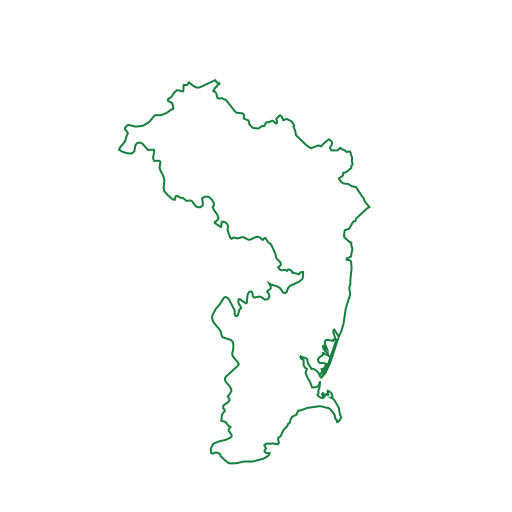 map outline of Odessa (orthographic projection), rotated 332°
{"feature_id": "UKR-322", "entity_name": "Odessa", "entity_type": "Region", "adm_level": 1, "iso_a3": "UKR", "parent_name": "Ukraine", "parent_adm1": "", "projection": "orthographic", "projection_center": [29.872, 46.718], "detail": "fine", "context": "isolated", "style": "outline", "palette": "green", "viewbox_px": 512, "rotation_deg": 332, "n_neighbors": 0, "source": "natural_earth", "source_scale": "10m", "svg_char_len": 6100}
<svg xmlns="http://www.w3.org/2000/svg" viewBox="0 0 512 512"><g transform="rotate(332 256 256)"><path d="M125.0,410.3L123.9,408.9L125.5,405.0L130.1,401.7L136.3,402.3L142.7,404.1L148.2,404.4L150.0,403.6L150.5,402.2L149.8,397.5L150.9,396.0L153.2,394.9L152.0,393.3L151.1,388.1L148.0,385.2L151.6,379.9L155.6,378.2L156.1,377.2L155.6,374.9L157.0,372.6L162.7,372.1L165.0,370.8L165.3,369.7L165.1,366.6L168.2,365.5L171.0,363.5L171.6,361.9L171.7,359.5L170.3,353.1L170.4,351.1L171.3,349.3L172.8,348.4L187.8,344.6L189.9,343.6L190.1,341.2L188.7,335.8L188.5,332.8L189.2,330.9L192.1,327.6L194.1,324.3L195.1,321.4L194.7,318.7L188.3,311.9L188.3,310.3L189.4,306.3L189.3,304.4L187.3,294.0L187.9,290.6L189.6,287.9L196.0,283.7L200.6,282.0L208.1,277.8L209.9,277.9L211.2,279.6L211.8,282.3L211.6,294.1L209.7,297.6L209.7,298.9L211.1,300.1L213.0,299.0L216.1,295.6L218.1,295.2L218.7,293.6L218.4,290.0L218.7,288.6L220.2,286.1L221.4,286.5L224.8,293.0L225.9,293.0L229.6,287.3L231.2,285.6L233.0,284.6L234.9,284.9L235.4,285.7L235.4,287.3L234.3,290.1L234.9,291.9L240.0,293.4L241.2,294.5L243.5,298.8L246.3,299.7L248.8,298.1L249.5,296.1L249.1,293.0L249.6,292.3L253.7,291.6L254.7,289.8L254.7,286.3L255.8,288.2L260.2,292.5L262.0,295.3L262.5,297.4L262.6,300.7L264.3,302.5L266.0,302.3L269.1,299.5L272.0,298.3L282.1,298.9L285.8,298.2L288.0,296.1L290.1,292.2L287.5,291.3L285.4,292.3L280.1,287.5L280.7,286.4L279.1,283.5L278.0,283.0L276.4,283.8L275.5,282.1L271.8,280.5L270.6,279.0L270.3,276.3L273.6,275.7L274.6,273.1L273.1,268.1L273.1,266.5L274.2,262.8L274.7,252.9L273.1,249.3L272.8,244.7L271.9,244.2L269.5,245.0L268.1,241.3L265.7,239.3L258.1,238.8L256.6,237.6L253.3,233.0L247.9,231.8L245.1,229.2L242.5,229.3L241.8,228.0L243.0,219.8L244.9,217.3L245.5,215.7L245.5,213.8L244.9,212.1L242.8,210.0L241.2,210.2L239.5,213.2L238.6,213.9L235.1,207.5L235.3,206.8L239.5,206.1L240.7,204.6L241.2,201.6L240.4,195.1L240.7,192.5L242.7,191.4L243.7,189.3L243.6,186.4L242.9,183.6L241.8,181.4L238.8,179.6L235.5,179.7L233.6,185.2L232.2,186.6L229.5,186.8L227.1,185.2L226.0,183.3L225.3,177.8L224.2,176.2L220.5,174.7L218.9,170.6L216.4,168.8L214.9,166.3L213.7,165.6L212.3,166.2L210.7,168.2L209.2,167.1L208.5,165.7L206.5,160.4L205.4,155.5L206.5,152.3L210.9,145.7L211.8,141.1L211.7,136.7L212.2,132.9L215.7,128.2L215.4,126.9L214.4,125.9L211.5,124.8L210.7,124.0L210.7,122.7L211.5,120.5L215.3,115.8L215.6,114.1L210.4,111.6L208.5,103.6L206.5,101.1L203.9,100.5L201.3,101.8L197.7,106.5L194.7,107.1L192.2,106.0L189.3,103.7L186.6,100.8L185.0,97.8L186.5,96.6L193.4,93.6L195.2,92.4L197.3,89.9L200.2,87.8L200.6,86.7L199.9,82.3L200.2,81.5L203.6,80.2L205.1,80.5L210.4,85.2L216.7,87.8L224.2,87.7L232.2,84.4L233.4,84.4L238.4,87.2L244.5,87.7L250.3,86.9L251.9,87.3L252.3,87.1L253.8,82.2L253.4,80.9L251.3,78.0L251.6,76.6L252.5,76.0L255.4,76.1L260.1,73.5L263.8,72.5L266.1,73.9L268.1,76.2L268.9,76.3L269.7,75.7L272.0,71.5L272.7,71.1L275.2,72.7L278.3,71.3L280.8,76.9L282.5,79.3L285.4,80.7L302.6,81.6L302.8,84.4L304.5,85.7L304.5,86.9L302.0,87.1L300.8,88.1L299.6,88.0L295.9,90.0L295.8,90.7L296.8,91.4L297.2,92.5L297.1,95.0L296.4,96.4L296.3,98.5L297.2,99.6L299.9,100.6L302.9,104.5L305.2,118.3L306.0,120.3L311.2,123.8L311.6,126.3L310.0,128.4L310.0,129.3L312.9,132.7L312.8,134.1L311.9,136.7L313.5,141.5L318.1,144.7L322.3,144.0L324.2,145.2L327.8,142.7L330.3,144.0L333.8,144.1L334.6,144.9L335.5,148.0L336.3,148.7L337.2,148.2L338.3,144.4L343.3,143.0L344.0,144.3L344.2,146.4L343.8,148.8L347.6,149.5L350.7,154.0L351.0,157.8L350.8,158.7L349.8,159.4L349.5,163.4L348.0,168.0L352.5,181.9L355.1,186.7L363.0,187.6L364.6,189.5L365.5,189.8L368.0,188.6L375.0,187.1L376.1,189.1L376.5,190.9L376.0,192.3L374.9,193.5L372.1,195.1L372.0,198.1L377.5,201.0L381.0,200.0L382.4,202.6L383.9,204.2L384.9,206.7L387.9,207.7L388.1,209.1L387.3,211.2L387.2,214.1L385.4,216.7L384.4,220.3L382.1,221.6L381.4,223.1L374.4,224.3L372.2,223.5L370.5,225.8L365.8,226.4L365.4,227.0L366.2,230.8L367.5,233.2L371.1,235.6L373.6,239.7L376.6,241.9L377.6,252.8L378.1,254.7L377.7,259.2L379.1,266.0L376.7,266.1L362.6,269.7L359.9,271.9L358.2,271.4L357.1,271.8L351.1,275.7L346.7,274.9L345.7,275.8L342.7,280.4L345.1,287.6L346.5,288.9L345.3,290.8L344.4,295.1L339.5,301.1L335.0,300.8L334.2,301.6L336.6,303.6L337.2,304.6L337.2,305.9L334.5,312.0L328.6,320.6L325.6,325.8L323.5,327.6L321.1,334.2L310.7,344.4L301.4,357.0L296.6,361.9L290.9,366.4L291.1,364.8L290.6,357.8L289.9,357.6L288.5,359.6L287.1,367.0L286.4,367.2L285.2,366.2L284.3,367.2L280.3,364.0L278.2,363.0L276.3,364.1L275.6,366.5L275.0,372.3L273.2,369.8L273.8,367.6L273.5,366.9L272.7,367.1L272.1,368.9L272.4,372.6L273.8,374.8L273.2,378.2L272.1,376.1L270.3,374.8L270.1,373.3L269.4,373.1L268.2,374.8L263.9,375.3L262.1,376.5L261.5,379.0L262.2,380.6L265.6,382.3L267.5,384.5L262.7,387.4L260.9,386.6L260.5,387.7L260.9,389.1L257.2,390.6L256.2,391.7L256.3,388.4L255.3,385.1L253.7,382.5L251.8,381.5L252.0,380.6L251.5,374.8L252.8,371.1L251.6,369.0L249.3,367.1L248.4,365.5L247.6,366.2L247.7,368.0L249.2,370.2L246.8,374.8L246.9,377.6L247.9,379.9L245.0,382.2L244.4,387.0L244.6,392.8L243.8,398.4L247.1,399.9L248.8,400.1L250.4,399.8L253.9,396.7L249.9,402.5L247.9,404.0L246.9,406.3L245.1,407.3L245.1,408.4L246.4,411.3L248.1,412.8L249.1,412.7L249.4,408.9L250.8,408.5L251.1,411.9L252.1,411.4L252.0,410.9L253.4,411.0L254.0,411.5L254.4,413.5L255.3,409.6L256.0,408.7L257.3,410.2L257.9,412.2L258.0,414.6L257.3,416.2L255.6,416.1L256.8,417.4L257.5,419.7L257.9,428.7L255.7,435.4L255.7,437.9L253.9,439.7L251.0,440.9L249.6,440.6L250.3,438.8L249.6,437.1L250.8,433.6L250.3,428.8L248.9,424.6L242.0,418.6L230.0,414.2L223.4,413.4L220.6,412.4L217.1,415.1L212.5,414.9L209.3,417.0L207.8,419.1L205.7,419.2L203.8,420.8L198.7,422.5L193.1,426.7L190.4,426.9L189.3,428.4L188.6,431.7L186.6,432.4L182.4,429.0L180.4,428.6L178.2,427.0L176.8,426.5L174.5,427.0L174.5,430.6L172.0,431.8L171.8,432.8L172.5,434.8L175.5,436.5L173.4,438.1L167.5,438.5L156.0,435.7L148.9,431.8L141.2,429.7L136.8,427.5L134.8,426.2L133.2,423.1L130.8,416.4L131.3,414.0L129.6,411.6L127.1,410.1L125.0,410.3ZM266.7,387.4L285.5,369.7L289.8,367.4L271.2,385.3L262.5,391.7L255.9,394.5L262.0,390.7L263.1,388.4L266.7,387.4Z" fill="none" stroke="#15803d" stroke-width="2"/></g></svg>